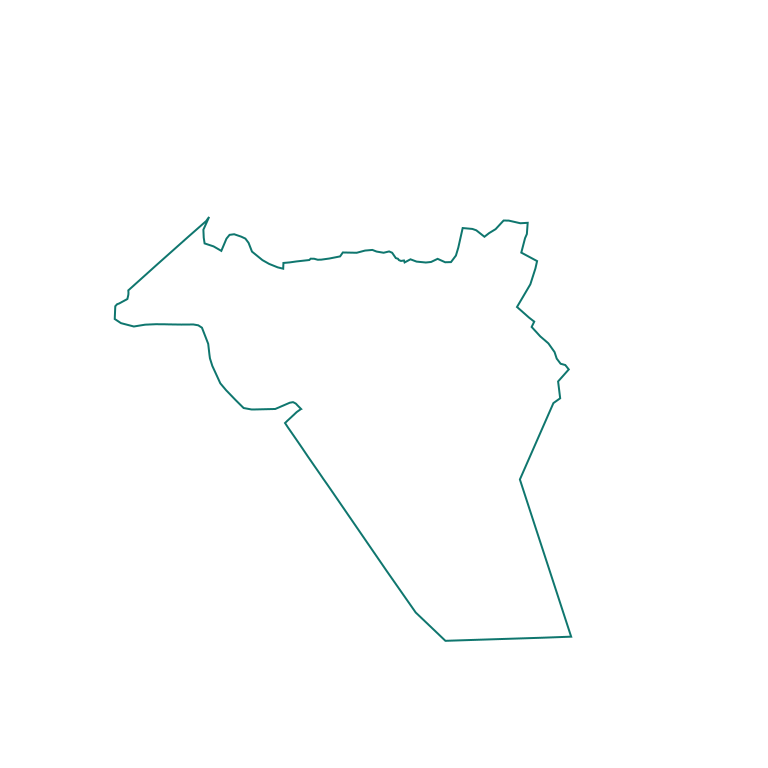 Um Algura, Gezira, Sudan (Natural Earth projection), rotated 115°
{"feature_id": "16777658B57538989257512", "entity_name": "Um Algura", "entity_type": "district", "adm_level": 2, "iso_a3": "SDN", "parent_name": "Sudan", "parent_adm1": "Gezira", "projection": "natural_earth1", "projection_center": [33.822, 14.458], "detail": "fine", "context": "isolated", "style": "outline", "palette": "teal", "viewbox_px": 768, "rotation_deg": 115, "n_neighbors": 0, "source": "geoboundaries", "source_scale": "gbopen_adm2", "svg_char_len": 2038}
<svg xmlns="http://www.w3.org/2000/svg" viewBox="0 0 768 768"><g transform="rotate(115 384 384)"><path d="M533.9,107.6L533.7,107.8L486.5,151.9L450.8,185.3L413.1,220.5L329.7,222.4L322.5,218.3L308.1,227.3L292.7,222.7L290.2,227.7L291.0,232.5L288.0,238.2L283.0,242.9L277.7,252.2L274.8,262.5L269.9,274.3L264.0,274.2L262.5,280.7L258.0,296.0L231.8,293.5L215.3,295.6L207.9,297.2L206.9,315.1L192.2,317.8L187.7,317.9L177.2,321.9L180.7,328.4L182.2,335.4L183.2,340.0L185.3,344.7L196.5,348.3L202.8,352.5L208.1,355.2L205.7,365.3L206.1,369.4L209.4,378.6L229.0,374.3L237.2,373.1L245.2,374.8L247.8,380.0L247.9,388.3L253.5,392.9L256.2,397.4L259.3,406.2L259.8,412.7L265.1,416.7L263.6,418.1L265.3,420.6L265.4,422.8L264.6,424.3L264.9,426.5L261.6,432.1L261.7,435.4L265.2,439.8L267.1,446.7L267.4,451.2L271.1,457.6L275.1,462.4L276.6,464.2L282.2,476.9L286.9,477.7L293.4,486.6L297.8,493.4L299.4,496.6L300.0,500.2L301.4,503.4L303.2,504.1L309.9,515.1L313.8,521.1L316.8,526.3L322.1,524.1L323.2,529.6L323.7,538.8L323.1,546.5L319.8,559.6L313.3,566.4L310.8,571.1L310.8,575.7L311.6,583.1L314.1,587.0L318.8,588.2L332.1,587.7L331.3,596.6L332.4,606.0L327.6,609.2L320.5,612.9L306.5,613.1L308.1,613.4L308.5,613.5L311.4,614.0L333.7,623.8L372.9,640.7L407.2,655.3L409.4,654.1L411.2,653.4L415.4,652.5L423.0,658.1L424.5,659.6L427.1,660.4L438.9,655.5L440.0,648.1L437.6,635.0L431.2,625.6L426.0,615.6L425.0,613.3L424.4,612.0L423.3,609.7L422.3,607.4L421.0,604.4L415.7,592.6L410.6,581.9L409.3,577.1L409.6,575.1L409.9,572.8L416.9,565.5L421.9,560.3L431.2,554.6L434.3,552.6L440.2,547.2L444.0,542.7L452.6,532.6L456.4,524.4L461.2,511.9L465.1,501.1L463.1,493.4L461.6,490.2L452.6,472.0L440.8,461.5L438.9,458.8L438.9,458.3L438.9,457.9L438.9,457.7L439.0,455.9L439.1,455.5L439.1,455.4L439.4,454.6L439.8,453.7L441.7,448.6L441.8,448.7L446.4,451.3L457.8,455.9L461.2,457.2L464.2,452.3L470.5,441.5L475.5,433.0L481.8,422.5L488.0,411.9L491.9,405.2L495.7,398.8L499.3,392.5L552.0,303.1L577.7,258.7L590.8,219.8L570.3,179.3L546.9,133.0L533.9,107.6Z" fill="none" stroke="#0f766e" stroke-width="2"/></g></svg>